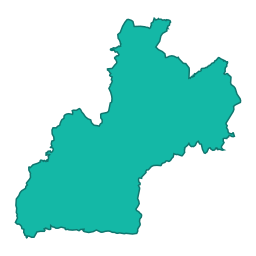 the district of Antanifotsy, Vakinankaratra, Madagascar, rotated 270°
{"feature_id": "10022922B69082959012584", "entity_name": "Antanifotsy", "entity_type": "district", "adm_level": 2, "iso_a3": "MDG", "parent_name": "Madagascar", "parent_adm1": "Vakinankaratra", "projection": "orthographic", "projection_center": [47.552, -19.75], "detail": "fine", "context": "isolated", "style": "filled", "palette": "teal", "viewbox_px": 256, "rotation_deg": 270, "n_neighbors": 0, "source": "geoboundaries", "source_scale": "gbopen_adm2", "svg_char_len": 5831}
<svg xmlns="http://www.w3.org/2000/svg" viewBox="0 0 256 256"><g transform="rotate(270 128 128)"><path d="M33.6,15.4L31.9,17.2L31.9,18.8L31.4,19.9L29.6,21.5L27.4,21.9L26.7,23.9L23.5,23.7L22.3,24.5L21.0,24.7L20.2,26.1L18.9,26.2L18.2,26.7L18.6,27.2L19.5,27.1L20.0,27.6L19.8,29.1L18.7,31.7L18.8,34.0L24.1,37.0L24.7,40.5L24.7,44.3L25.9,45.0L27.1,44.1L27.9,45.6L27.3,46.3L27.6,46.8L27.2,47.1L26.6,48.6L26.5,49.5L26.7,50.4L27.0,50.7L30.5,50.7L29.2,52.3L28.8,54.3L27.8,55.9L27.8,58.1L28.9,61.1L28.0,64.7L27.8,65.2L27.0,65.1L26.4,65.7L26.7,68.1L26.2,68.8L25.9,72.4L26.3,76.9L25.4,78.6L25.4,79.4L26.5,80.4L26.8,84.0L26.0,83.8L25.5,83.1L24.8,83.6L24.3,84.7L23.5,88.7L24.4,93.3L26.0,96.4L23.8,101.0L23.9,102.8L24.7,105.4L25.0,108.3L24.7,110.2L23.7,112.2L23.6,114.8L22.9,116.2L22.7,117.3L23.1,119.8L22.3,124.2L22.7,126.1L22.0,132.5L22.6,136.7L24.7,137.7L27.0,137.7L30.8,140.0L31.9,140.2L34.5,139.5L36.9,139.8L38.9,141.3L40.5,141.6L41.3,141.5L42.3,140.7L43.0,139.7L44.2,138.8L45.4,136.7L46.6,136.0L47.1,136.0L49.3,137.6L52.3,139.2L54.8,138.8L57.4,137.6L67.1,139.6L68.1,139.6L70.5,138.4L71.2,139.1L71.4,140.0L72.4,140.1L73.1,139.9L74.3,138.7L76.7,138.5L77.7,138.8L78.1,139.5L77.7,141.6L79.1,141.8L83.5,146.0L84.3,145.7L86.0,146.6L86.2,148.4L89.5,151.4L90.5,153.6L90.7,157.0L90.4,160.8L90.7,161.2L91.8,161.6L92.7,162.3L93.6,164.9L95.1,166.2L95.2,167.1L94.6,168.6L94.7,169.3L95.7,170.6L97.6,171.8L99.0,173.2L102.3,173.9L101.8,175.0L101.4,176.6L101.6,177.7L100.2,181.6L100.3,182.3L103.7,184.7L105.1,184.4L106.0,184.6L106.7,184.4L107.2,184.9L108.2,184.6L110.8,187.7L112.6,188.9L111.0,189.7L109.7,190.9L109.4,191.6L109.6,192.7L109.4,193.6L110.8,195.4L113.1,196.4L114.2,197.3L114.7,198.3L112.1,199.6L111.8,201.2L111.4,201.4L106.6,202.5L103.1,204.2L102.7,205.2L104.1,207.0L107.3,208.4L108.1,209.4L108.1,210.3L106.8,211.0L105.7,212.8L106.0,214.6L108.1,216.1L107.7,217.4L107.5,217.5L107.0,217.0L106.4,217.5L106.7,219.6L105.8,222.3L106.1,223.8L106.5,222.9L107.9,221.7L109.0,221.4L110.0,221.7L113.3,224.0L113.7,224.0L114.6,223.2L117.4,223.3L117.7,224.2L117.5,226.8L118.7,227.4L119.1,228.6L120.6,229.0L120.5,230.0L119.5,231.8L119.3,233.3L119.7,234.4L123.1,233.3L123.2,233.0L122.3,232.2L122.2,231.4L122.6,229.6L123.5,228.3L126.3,227.8L128.2,226.5L130.4,227.2L131.4,226.3L132.8,226.0L144.4,233.1L146.6,233.9L149.6,233.6L151.1,235.3L153.6,240.4L155.4,240.6L157.3,240.1L161.9,237.0L167.7,235.2L169.4,233.9L171.5,231.1L173.2,230.6L178.9,231.0L180.7,229.2L181.0,228.3L181.8,228.1L182.4,227.4L182.4,226.7L181.6,225.0L182.3,223.9L184.8,225.3L185.9,225.0L188.4,225.4L189.8,226.8L191.5,226.7L193.2,227.6L193.7,227.0L194.2,227.2L194.1,226.3L195.5,224.6L195.1,223.6L196.0,223.3L197.1,220.9L198.3,219.2L198.4,218.4L195.7,216.1L195.2,214.9L193.5,214.1L192.6,211.7L190.8,210.3L190.6,209.1L189.9,208.8L189.7,207.9L188.5,207.1L188.7,206.2L187.8,204.7L187.5,201.7L186.6,201.0L185.5,201.2L185.0,200.7L184.6,199.9L184.7,198.8L182.0,195.6L182.4,194.9L182.2,194.5L181.1,194.5L180.9,193.5L179.7,194.0L179.3,192.9L179.9,192.6L179.8,192.1L179.6,191.9L179.0,192.1L178.8,190.9L177.8,190.3L178.2,189.7L177.8,188.9L185.6,189.3L188.0,189.1L192.4,185.8L192.7,183.3L197.3,178.9L198.7,178.3L198.3,176.9L199.8,173.9L200.2,171.7L199.7,169.2L198.6,167.2L198.5,165.5L202.2,164.9L204.4,162.4L206.4,158.4L209.0,155.8L214.8,159.7L220.1,160.9L222.6,162.6L225.1,166.9L226.9,166.7L227.4,167.0L227.4,167.9L228.1,167.2L228.8,167.8L229.8,167.7L230.8,169.4L233.1,169.8L233.9,170.6L235.4,170.0L236.2,167.9L236.0,167.2L236.3,166.4L236.0,165.8L235.7,166.2L235.4,166.0L236.2,164.4L235.8,162.6L236.8,161.1L236.8,158.7L237.3,158.4L236.9,158.1L236.0,155.8L236.3,155.2L237.5,154.7L237.8,154.2L234.5,153.2L233.7,152.7L232.9,151.3L232.1,151.1L230.7,151.5L229.9,150.8L228.4,150.5L227.6,149.6L228.6,147.8L228.7,146.3L229.2,144.8L229.7,140.4L229.5,134.2L234.5,132.9L235.6,131.4L236.6,128.4L236.4,127.1L233.8,125.0L229.7,122.6L223.5,120.2L221.5,117.8L217.6,118.2L216.4,119.2L214.1,120.2L212.6,120.4L212.1,120.9L210.7,120.4L209.8,120.6L209.5,119.6L209.9,118.7L208.7,117.2L208.6,116.4L207.9,115.8L208.2,113.2L206.9,112.5L207.3,111.2L206.7,110.5L206.2,110.5L205.6,111.3L205.6,112.7L206.2,113.9L203.9,115.3L204.2,117.1L201.5,119.0L200.4,118.5L200.0,116.4L199.3,116.1L198.8,115.0L198.1,114.6L197.3,114.8L196.6,115.7L194.3,116.7L193.5,116.8L192.6,116.4L191.0,114.8L187.6,112.2L187.1,107.5L186.0,107.5L185.2,108.8L183.1,110.1L182.5,110.8L181.3,109.9L180.6,109.7L179.9,110.3L179.1,112.1L176.2,111.3L175.5,112.1L175.0,112.3L172.3,111.3L171.4,110.3L170.4,110.5L167.6,108.9L164.0,110.6L160.0,111.7L157.5,112.0L154.1,111.7L153.5,111.3L153.1,110.3L145.1,108.7L143.9,107.7L143.4,106.6L142.4,101.6L141.8,100.7L138.0,100.8L136.3,102.1L133.8,102.2L132.9,101.7L132.2,100.5L129.8,99.1L130.3,97.6L130.7,94.5L131.1,93.6L133.3,91.5L136.1,90.7L137.2,87.9L139.2,85.4L142.2,83.4L143.9,81.8L146.2,80.7L147.2,79.8L147.4,79.3L145.7,76.4L145.8,73.3L145.3,72.2L143.3,72.8L141.6,72.5L142.3,68.7L142.0,66.8L141.3,65.2L140.1,64.1L137.6,63.9L136.6,62.2L135.9,61.6L133.3,60.4L130.7,59.7L129.6,57.5L128.2,56.3L128.2,53.0L126.0,52.0L122.0,52.2L119.0,53.8L116.1,54.0L115.5,53.7L114.9,51.8L111.9,51.2L110.2,51.9L109.8,51.8L108.7,50.5L108.4,50.8L108.4,52.0L107.7,53.0L106.7,53.3L105.2,52.9L103.6,51.5L103.8,50.5L105.0,50.3L104.8,48.3L104.6,47.9L103.3,47.6L103.6,46.9L103.2,46.1L100.9,46.0L100.9,46.6L101.3,47.1L100.9,48.3L101.6,49.2L101.3,49.7L99.7,48.2L98.2,48.6L94.8,47.7L94.9,47.3L96.0,47.6L96.3,47.4L95.9,46.7L94.5,45.9L95.5,44.5L94.8,43.8L95.3,43.5L95.0,43.0L95.8,41.8L95.8,40.6L94.9,40.1L94.3,40.4L93.9,40.0L92.7,37.6L91.2,33.0L88.4,30.3L89.0,29.4L88.8,28.8L85.8,28.9L82.7,30.5L81.7,30.3L78.6,30.5L76.9,29.6L73.0,26.5L72.3,26.5L71.0,27.3L69.7,25.9L67.6,25.5L65.4,21.9L64.4,20.9L63.0,19.9L60.4,18.9L57.0,16.3L50.5,15.9L47.8,16.7L43.4,16.3L41.6,17.3L40.0,16.8L38.8,17.4L37.8,17.4L33.6,15.4Z" fill="#14b8a6" stroke="#0f766e" stroke-width="1.5"/></g></svg>